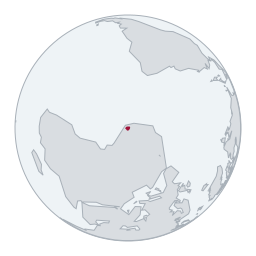 Cavally highlighted on a globe, orthographic projection, rotated 133°
{"feature_id": "CIV-3459", "entity_name": "Cavally", "entity_type": "Department", "adm_level": 1, "iso_a3": "CIV", "parent_name": "Ivory Coast", "parent_adm1": "", "projection": "orthographic", "projection_center": [-7.856, 6.298], "detail": "fine", "context": "on_globe", "style": "filled", "palette": "rose", "viewbox_px": 256, "rotation_deg": 133, "n_neighbors": 0, "source": "natural_earth", "source_scale": "10m", "svg_char_len": 8620}
<svg xmlns="http://www.w3.org/2000/svg" viewBox="0 0 256 256"><g transform="rotate(133 128 128)"><circle cx="128" cy="128" r="113" fill="#eef3f6" stroke="#a8b0b8"/><path d="M88.5,22.5L85.5,23.7L87.7,22.9L85.2,24.2L86.9,23.8L84.5,24.9L87.8,23.7L89.7,22.8L91.7,22.1L92.8,21.9L90.1,23.1L89.1,23.4L88.9,23.7L87.0,24.4L88.6,24.0L85.1,25.7L90.2,23.8L88.7,25.0L86.0,26.2L84.2,26.3L73.3,30.6L70.0,32.4L67.1,34.7L66.0,38.0L63.2,40.3L60.9,43.1L63.4,41.6L66.1,38.9L70.1,37.1L72.9,34.3L75.0,33.4L78.8,30.8L80.4,31.1L80.0,32.9L77.0,35.1L76.7,36.1L81.4,34.1L77.5,38.8L78.0,43.2L76.8,44.7L71.1,46.8L66.5,46.1L59.2,50.2L66.2,47.6L62.9,51.8L63.4,52.7L64.8,52.7L66.9,51.2L66.3,52.9L59.1,55.7L59.6,54.2L61.9,53.2L59.7,53.1L54.8,55.6L53.6,57.9L47.6,60.4L46.6,62.2L44.8,64.0L46.7,60.8L43.1,66.7L35.9,72.6L30.8,83.7L33.3,74.7L32.8,73.5L31.6,73.3L30.7,75.0L30.4,73.3L28.0,76.6L23.9,85.3L21.4,92.3L22.1,93.1L23.8,89.4L25.1,89.0L21.0,99.2L22.8,101.5L20.8,109.4L20.9,113.8L22.5,113.1L24.0,115.6L26.2,111.2L29.2,109.2L28.2,115.7L30.7,110.1L31.8,113.5L38.4,114.3L37.6,115.7L43.1,124.4L50.7,128.7L52.5,133.8L51.4,136.6L54.5,137.8L54.5,139.8L68.2,144.1L76.4,149.6L77.0,156.4L71.8,163.6L71.0,179.4L62.6,183.7L63.1,189.9L61.2,198.3L55.8,197.0L60.1,201.7L59.3,204.1L56.6,203.8L58.5,206.9L56.6,206.6L59.5,208.9L60.1,212.3L64.2,215.7L65.5,218.4L68.2,220.4L67.4,220.2L67.5,220.7L68.7,221.7L64.5,219.5L59.2,215.2L57.6,213.2L56.4,212.6L52.7,207.3L52.7,208.3L46.2,199.7L42.8,192.7L34.1,171.2L31.7,166.7L26.8,160.8L20.7,143.5L21.0,137.0L20.3,133.7L22.9,124.8L23.1,115.9L22.4,114.4L21.1,117.5L19.6,111.3L20.2,104.4L20.5,94.4L23.1,86.9L26.2,79.7L29.9,72.7L34.0,66.0L38.5,59.6L43.5,53.5L48.9,47.8L54.7,42.4L60.9,37.5L67.4,33.1L74.2,29.1L81.2,25.5L88.5,22.5ZM29.0,87.4L31.2,93.8L28.5,94.0L29.3,93.1L29.1,90.6L28.1,88.1L26.1,88.8L29.0,87.4ZM33.4,81.7L32.9,81.1L33.6,81.2L33.4,81.7ZM77.6,30.9L78.1,30.8L77.2,31.3L77.6,30.9ZM78.7,29.9L77.1,30.5L77.4,30.1L78.4,29.7L78.7,29.9ZM80.5,29.3L78.1,29.4L78.7,28.8L82.7,27.0L80.5,29.3ZM89.7,22.7L87.9,23.6L88.4,23.1L89.7,22.7ZM91.5,21.4L91.4,21.5L93.6,20.8L95.7,20.1L97.1,19.7L95.7,20.2L93.1,21.0L96.0,20.2L89.6,22.5L88.3,22.6L89.4,22.2L91.5,21.4ZM92.6,21.8L92.0,21.8L94.9,20.7L96.5,20.5L95.0,20.9L92.6,21.8ZM99.3,19.1L97.5,19.6L96.5,19.9L99.3,19.1ZM95.0,21.1L97.3,20.5L96.9,20.9L93.3,21.7L95.0,21.1ZM94.9,20.6L96.3,20.1L96.1,20.3L94.9,20.6ZM97.1,22.4L96.3,22.2L97.8,21.6L97.1,22.4ZM98.1,20.3L98.2,20.2L98.7,19.9L100.1,19.7L98.1,20.3ZM99.5,19.1L100.0,19.0L101.0,18.7L102.9,18.3L100.3,19.0L102.2,18.5L102.8,18.4L100.0,19.2L99.5,19.1ZM103.0,18.9L100.3,20.0L101.4,20.4L100.1,20.9L98.7,20.2L103.0,18.9ZM101.5,19.0L102.1,19.0L100.3,19.5L98.7,19.8L101.5,19.0ZM105.1,17.8L102.9,18.2L103.5,18.1L105.1,17.8ZM103.7,18.9L104.3,18.6L103.9,18.8L103.7,18.9ZM105.1,18.0L104.2,18.1L105.0,17.9L105.1,18.0ZM106.3,18.1L105.4,18.4L104.3,18.6L106.3,18.1ZM106.0,18.0L107.3,17.7L104.4,18.4L105.5,18.0L106.0,18.0ZM105.9,17.8L106.1,17.7L105.9,17.8ZM111.0,17.5L107.6,18.5L105.2,18.7L108.7,17.7L111.0,17.5ZM72.7,223.9L65.5,220.2L69.0,221.9L68.3,220.6L73.3,223.2L72.7,223.9ZM72.2,220.6L73.3,220.0L74.4,220.6L73.9,221.2L72.2,220.6ZM234.2,90.4L236.3,97.7L238.7,108.4L239.2,113.5L235.1,98.9L231.5,89.1L231.1,90.4L225.9,83.0L220.1,84.0L218.4,81.7L217.5,83.2L213.7,81.2L210.6,77.4L208.7,78.1L216.8,88.1L218.7,87.6L218.9,83.0L220.9,86.8L224.4,89.8L224.0,100.2L213.8,111.0L211.2,103.2L195.1,83.4L194.7,81.0L194.6,80.8L194.3,80.3L194.5,84.2L191.2,80.4L201.5,94.2L203.9,100.5L213.7,111.5L213.2,112.9L215.8,115.1L222.4,110.9L222.8,113.6L220.7,126.7L210.2,145.5L210.7,157.0L208.4,167.0L199.8,174.4L198.5,182.0L193.8,185.1L192.2,189.4L187.2,194.2L179.8,199.1L169.2,200.0L170.1,196.2L167.3,189.1L164.0,171.3L168.4,162.6L168.1,156.1L160.3,142.0L162.1,133.8L159.6,130.5L154.7,131.6L151.6,127.8L148.5,127.9L127.8,131.8L120.5,126.9L109.5,111.3L112.6,104.8L111.4,97.6L131.1,72.6L137.1,73.6L154.7,69.5L157.3,70.1L157.2,75.5L172.1,81.1L174.5,76.3L185.9,79.1L192.2,78.3L190.8,68.3L180.5,69.2L176.7,64.7L183.3,59.9L192.0,59.8L190.8,58.1L183.6,54.7L183.9,51.5L180.9,53.4L183.4,54.9L181.6,56.3L179.2,55.0L179.4,53.8L176.3,53.3L176.2,59.7L178.7,61.9L171.6,63.8L175.1,67.9L173.8,70.1L167.4,64.0L166.7,61.7L156.2,55.9L156.3,58.4L166.2,64.2L163.9,63.9L164.0,68.0L162.1,64.7L151.2,58.2L143.6,60.4L137.0,71.0L131.9,72.3L126.4,70.7L125.8,60.6L137.1,59.0L137.1,56.0L132.2,52.1L136.1,52.1L135.5,50.5L139.5,49.9L142.7,45.7L146.4,45.0L145.3,40.4L147.0,39.6L147.2,42.4L149.3,44.3L158.3,43.3L159.3,42.2L157.8,39.5L160.5,39.8L157.9,37.3L161.8,35.9L154.9,35.6L152.9,32.9L154.0,30.8L152.1,30.0L150.4,33.6L150.8,35.1L153.2,36.5L153.3,41.4L150.7,42.4L145.9,37.5L141.7,38.7L139.8,34.8L145.7,26.7L149.4,25.2L160.5,27.7L161.1,29.2L157.3,28.9L163.0,31.4L161.5,30.1L163.7,30.5L162.4,28.5L163.9,28.8L160.1,26.6L161.8,26.7L164.2,28.1L163.7,25.7L166.6,25.7L165.8,25.1L164.1,24.5L168.8,25.2L168.0,24.8L166.1,24.3L163.3,23.2L160.1,21.7L161.9,22.0L163.3,22.6L169.0,24.6L172.4,26.4L172.9,26.4L170.3,24.9L163.4,22.5L161.0,21.5L164.2,22.4L162.8,22.0L162.2,21.7L163.3,21.7L159.7,20.7L150.2,17.6L150.9,17.7L158.9,19.7L166.7,22.2L174.4,25.3L181.8,29.0L188.9,33.2L195.6,37.9L202.1,43.1L208.1,48.8L213.7,54.9L218.8,61.3L223.4,68.2L227.6,75.3L231.1,82.7L234.2,90.4ZM126.6,84.8L126.6,87.0L126.6,84.8ZM202.9,65.0L207.1,65.0L202.3,59.3L203.5,58.9L201.5,57.3L202.0,58.9L196.5,54.5L197.3,52.7L195.3,50.4L193.8,50.4L193.3,54.5L201.1,60.6L201.4,63.1L202.9,65.0ZM38.7,114.3L39.3,115.7L38.2,115.5L38.7,114.3ZM27.4,96.5L28.2,96.9L28.4,98.0L27.6,98.1L27.4,96.5ZM36.2,98.4L37.5,99.2L35.8,99.5L36.2,98.4ZM31.8,94.7L35.1,98.0L31.9,99.4L29.9,97.4L31.7,97.2L31.8,94.7ZM31.4,85.2L31.8,85.8L31.1,86.9L31.4,85.2ZM33.9,81.8L33.6,81.9L33.8,80.9L33.9,81.8ZM63.4,51.7L63.9,51.5L65.1,51.8L63.9,52.4L63.4,51.7ZM74.4,49.8L73.1,52.6L73.2,50.9L71.2,52.0L68.8,50.1L76.0,45.3L73.2,47.7L74.4,49.8ZM67.7,46.7L68.4,48.1L67.4,46.8L67.7,46.7ZM128.3,43.2L130.5,44.0L130.1,45.8L125.4,47.6L125.9,44.8L128.3,43.2ZM133.7,44.7L130.2,39.8L133.0,38.8L132.0,40.1L134.2,40.0L133.2,42.1L139.3,46.3L139.4,48.3L130.6,49.9L133.4,48.2L131.1,47.4L133.7,44.7ZM116.3,32.2L114.8,30.9L122.8,30.3L123.3,31.6L118.6,33.2L115.3,32.6L116.3,32.2ZM88.1,26.4L87.0,26.6L87.8,26.2L89.4,25.7L88.1,26.4ZM96.6,22.3L93.7,25.6L92.3,25.9L92.2,27.9L88.5,29.4L88.7,28.0L85.8,30.9L84.5,30.2L82.9,32.3L83.7,28.9L82.4,28.6L85.2,28.2L88.6,26.8L89.7,26.1L91.8,24.0L90.7,23.2L93.9,21.9L96.5,21.2L97.3,21.2L94.9,22.0L97.6,21.4L94.8,22.6L96.6,22.3ZM124.8,18.5L121.8,18.6L126.7,19.2L123.9,19.7L124.7,19.8L123.5,20.5L123.3,21.7L121.8,21.9L122.4,22.2L121.6,22.9L121.9,23.5L119.2,24.2L119.4,25.1L118.0,24.9L119.0,26.3L117.1,25.6L115.9,26.6L118.4,26.8L103.2,30.5L98.4,33.2L95.4,36.0L92.4,34.8L93.4,31.7L96.5,28.1L101.6,25.9L99.4,26.0L101.2,25.0L102.2,25.4L101.7,24.3L103.4,23.7L106.2,21.6L104.4,20.8L105.3,20.1L106.9,20.1L106.8,19.5L110.4,19.2L111.2,18.8L115.6,18.2L118.2,18.7L118.9,18.2L122.3,17.9L124.8,18.5ZM112.2,17.3L116.0,17.4L116.3,17.9L108.5,18.8L107.3,19.2L102.3,20.2L101.9,19.6L103.4,19.3L104.7,19.0L104.3,19.3L105.6,18.8L107.7,18.5L109.3,18.1L110.1,18.2L112.2,17.3ZM158.9,68.0L160.7,68.1L163.1,67.6L163.3,70.3L158.9,68.0ZM151.5,63.6L152.9,63.1L154.3,66.4L152.5,66.5L151.5,63.6ZM152.4,60.3L152.8,62.9L151.5,61.5L152.4,60.3ZM148.4,42.0L149.7,41.5L150.3,42.1L150.2,43.2L148.4,42.0ZM138.9,21.5L137.1,21.3L137.2,21.0L134.4,20.0L136.2,19.7L138.6,20.2L138.9,21.5ZM189.7,70.1L188.6,72.2L187.4,71.3L188.0,70.8L189.7,70.1ZM175.9,71.2L179.6,72.2L175.9,71.9L175.9,71.2ZM140.4,21.0L139.0,20.6L140.8,20.7L140.4,21.0ZM137.4,19.4L139.2,19.5L136.1,19.5L137.4,19.4ZM200.5,213.9L199.3,215.0L198.8,215.3L200.5,213.9ZM220.5,163.7L211.6,181.6L208.3,182.2L209.3,177.2L213.6,166.5L217.9,163.0L220.4,157.9L220.5,163.7ZM238.9,109.3L239.9,115.5L240.0,116.7L238.9,109.3ZM154.0,20.0L155.9,21.6L158.5,23.0L161.8,24.0L157.9,23.5L153.9,21.2L154.0,20.0ZM150.5,17.7L147.6,17.2L148.3,17.3L149.0,17.4L150.5,17.7ZM149.2,17.5L146.7,17.3L144.6,16.9L147.0,17.1L149.2,17.5ZM143.7,18.5L144.1,19.0L142.7,18.8L143.7,18.5Z" fill="#d9dde1" stroke="#a8b0b8" stroke-width="1"/><path d="M126.7,127.5L126.8,127.3L127.1,127.4L127.3,127.3L127.3,127.2L127.5,127.1L127.5,126.9L127.7,126.7L127.8,126.7L127.9,126.8L128.0,126.8L128.4,126.9L128.5,126.9L128.6,126.7L128.8,126.7L129.1,126.7L129.3,126.7L129.5,126.8L129.6,127.0L129.7,127.3L129.7,127.5L129.4,127.7L129.5,127.9L129.5,128.3L129.5,128.6L129.5,129.2L128.9,129.3L128.8,129.1L128.8,128.9L128.7,128.9L128.7,129.0L128.7,128.9L128.4,128.8L128.4,128.7L128.3,128.8L128.2,128.7L128.1,128.4L128.0,128.5L128.0,128.4L128.0,128.2L127.9,128.1L127.7,128.0L127.4,128.0L127.2,128.0L127.1,127.9L126.9,127.9L126.9,127.7L126.7,127.7L126.7,127.5Z" fill="#f43f5e" stroke="#9f1239" stroke-width="1.5"/></g></svg>